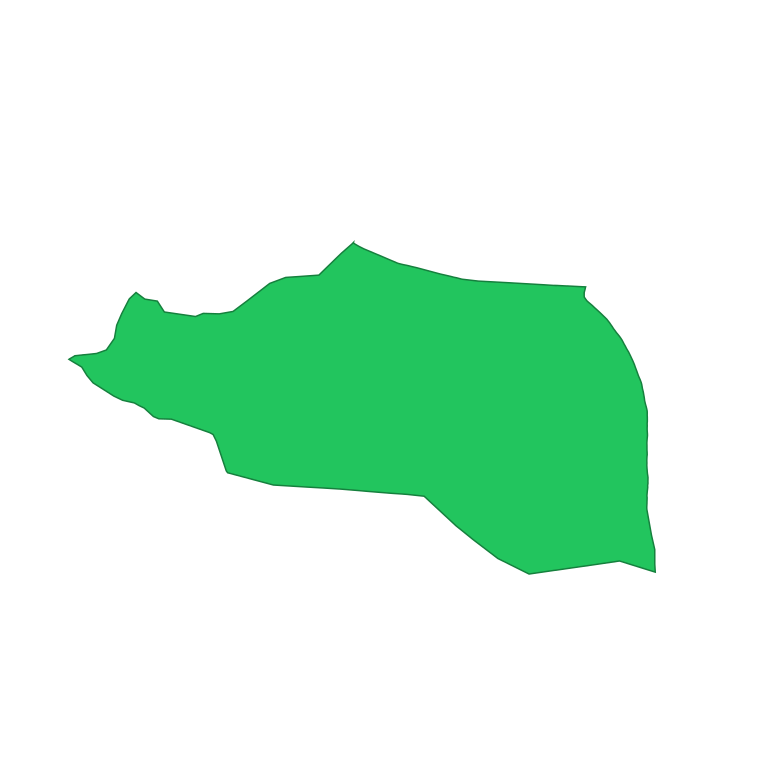 Ash Sharyah, Al Bayda', Yemen (Equal Earth projection), rotated 105°
{"feature_id": "15242507B68116415632307", "entity_name": "Ash Sharyah", "entity_type": "district", "adm_level": 2, "iso_a3": "YEM", "parent_name": "Yemen", "parent_adm1": "Al Bayda'", "projection": "equal_earth", "projection_center": [45.055, 14.284], "detail": "fine", "context": "isolated", "style": "filled", "palette": "green", "viewbox_px": 768, "rotation_deg": 105, "n_neighbors": 0, "source": "geoboundaries", "source_scale": "gbopen_adm2", "svg_char_len": 3328}
<svg xmlns="http://www.w3.org/2000/svg" viewBox="0 0 768 768"><g transform="rotate(105 384 384)"><path d="M509.1,513.4L510.2,512.1L510.2,484.8L510.2,464.7L503.5,431.8L500.2,415.9L497.1,400.5L496.9,399.6L493.4,380.4L492.0,372.3L489.5,358.6L487.5,347.7L485.7,338.7L484.6,332.8L482.0,316.2L502.3,277.8L510.1,260.2L510.6,259.1L512.3,255.1L518.7,239.5L523.1,228.8L530.0,194.7L519.9,171.2L519.2,169.4L515.2,160.1L513.7,156.6L504.7,135.5L494.0,110.7L495.0,86.2L495.5,73.7L495.5,73.3L488.0,75.8L473.9,79.6L460.8,86.5L437.0,97.7L435.0,98.3L433.2,98.7L431.3,99.1L429.3,99.6L427.5,100.0L425.8,100.4L423.9,101.1L421.8,101.5L419.5,101.9L417.6,102.2L415.6,102.5L413.7,103.1L411.7,103.3L409.7,103.9L408.0,104.3L406.0,104.8L404.3,105.5L402.5,106.3L400.6,107.0L398.3,107.8L398.1,107.9L396.3,108.5L394.5,109.1L392.3,109.6L390.0,110.3L387.9,110.8L386.0,111.2L384.1,111.5L381.8,112.2L379.7,112.9L378.6,113.2L377.5,113.5L375.3,114.1L373.0,114.8L370.6,115.3L367.8,115.8L365.9,116.1L364.1,116.6L361.8,117.4L360.0,118.0L358.1,118.5L356.3,118.9L354.0,119.6L351.8,120.0L349.6,120.6L347.8,121.1L346.0,121.7L343.9,122.2L342.0,122.8L340.0,123.8L338.2,124.8L336.2,126.0L334.2,127.1L332.5,128.0L330.7,128.7L328.9,129.5L327.2,130.3L325.2,131.2L323.3,132.2L321.5,133.2L319.5,134.1L317.6,135.0L316.9,135.4L315.9,136.0L313.4,137.8L311.7,139.2L310.0,140.5L308.4,141.6L306.5,142.9L304.4,144.4L302.6,145.7L302.0,146.1L300.5,147.1L298.7,148.5L296.8,150.0L294.7,151.8L292.9,153.3L291.3,154.7L289.7,156.1L288.3,157.6L286.8,159.1L285.1,160.6L283.2,162.5L281.4,164.1L279.9,165.5L278.6,167.0L278.3,167.3L277.0,168.9L275.4,171.1L274.2,172.8L272.8,174.5L271.1,176.7L269.5,178.4L268.0,180.2L266.6,181.8L265.1,183.8L264.2,185.0L263.8,185.5L263.3,186.4L262.7,187.4L261.5,189.6L260.2,191.9L259.0,194.1L257.9,196.2L256.8,198.3L255.8,200.3L254.3,203.0L253.3,205.1L252.2,207.5L251.1,209.6L249.8,211.2L248.3,213.0L246.6,213.6L246.1,213.7L244.6,214.1L244.1,214.2L244.1,214.3L243.0,214.3L240.8,214.3L238.3,214.4L238.0,214.4L238.9,218.4L241.9,232.5L242.0,232.7L242.8,236.5L244.0,242.2L244.4,243.9L244.5,243.8L247.1,256.8L253.8,289.2L260.2,319.6L262.6,335.9L262.6,338.3L262.6,341.4L262.8,344.1L262.8,346.8L262.9,350.0L263.0,353.0L263.1,355.5L263.2,358.2L263.2,360.7L263.2,363.6L263.2,366.7L263.2,369.1L263.2,372.2L263.2,374.9L263.2,377.8L263.2,380.2L263.2,382.7L263.3,385.3L263.4,388.4L263.4,390.7L263.5,393.0L263.7,395.7L263.8,398.9L263.8,401.7L263.8,402.0L262.1,414.0L261.7,416.6L258.7,438.3L258.2,440.7L257.6,443.6L257.0,445.9L256.4,448.1L255.6,450.2L255.3,450.2L256.9,451.1L268.7,459.0L275.2,462.9L295.7,475.1L302.2,493.9L306.5,506.5L307.2,507.5L312.7,515.2L316.4,520.4L339.2,537.8L353.0,548.6L358.9,561.3L362.6,576.9L367.6,583.5L371.3,614.8L362.6,624.4L363.9,637.0L359.8,647.2L367.6,652.0L369.2,652.4L384.1,655.6L396.4,657.4L409.7,656.2L423.0,661.0L428.9,669.5L432.0,677.5L432.9,679.9L433.5,681.6L434.1,683.2L434.3,683.4L434.7,684.7L435.5,686.7L436.2,688.5L436.7,689.9L437.8,690.9L439.0,692.1L440.0,693.1L441.1,694.2L441.7,694.7L442.6,691.8L443.1,690.1L443.5,688.6L443.8,687.7L444.2,686.1L444.7,684.3L444.9,683.7L445.2,682.7L445.9,680.3L452.7,673.1L458.2,665.3L465.6,641.8L467.4,632.2L466.9,620.2L468.3,614.8L469.3,609.4L475.1,598.3L475.9,592.5L473.0,580.3L476.1,539.8L477.0,536.0L482.6,531.1L508.7,513.9L509.1,513.4Z" fill="#22c55e" stroke="#15803d" stroke-width="1.5"/></g></svg>